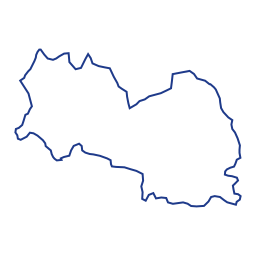 outline of Uiseong-gun, North Gyeongsang, South Korea
{"feature_id": "91817680B75376031789242", "entity_name": "Uiseong-gun", "entity_type": "district", "adm_level": 2, "iso_a3": "KOR", "parent_name": "South Korea", "parent_adm1": "North Gyeongsang", "projection": "orthographic", "projection_center": [128.598, 36.353], "detail": "fine", "context": "isolated", "style": "outline", "palette": "blue", "viewbox_px": 256, "rotation_deg": 0, "n_neighbors": 0, "source": "geoboundaries", "source_scale": "gbopen_adm2", "svg_char_len": 1928}
<svg xmlns="http://www.w3.org/2000/svg" viewBox="0 0 256 256"><path d="M20.2,80.6L28.5,93.5L31.9,106.3L29.9,109.2L27.9,113.7L25.4,114.8L23.6,120.8L22.2,125.0L18.8,127.9L15.9,129.0L15.5,131.7L15.4,132.4L17.3,135.3L17.9,138.7L20.7,139.8L26.7,136.7L29.9,132.7L33.5,133.3L37.5,135.6L42.9,140.2L45.2,143.3L45.7,146.1L49.1,149.0L50.8,150.4L51.7,154.1L53.1,157.0L54.5,158.7L56.8,160.4L61.5,159.9L60.8,158.4L63.9,157.0L69.3,155.7L71.1,150.4L73.7,145.9L79.1,143.7L81.7,146.0L82.2,150.4L85.3,152.6L89.7,154.0L93.3,154.4L99.9,155.8L107.1,158.4L110.6,160.2L111.0,164.2L111.9,166.4L115.9,166.9L124.4,167.3L130.2,169.1L136.4,170.9L142.6,174.0L143.1,180.7L141.3,186.4L142.6,192.2L142.2,198.9L145.7,200.7L148.8,194.9L153.3,193.1L156.0,198.4L161.3,197.5L166.2,198.0L168.0,202.4L172.9,203.8L183.1,202.4L187.6,203.7L191.1,206.0L196.5,206.4L204.0,205.9L208.5,201.5L211.1,197.0L214.7,196.1L220.0,197.0L224.0,200.1L227.2,202.3L235.9,204.7L236.7,201.8L239.8,199.6L240.6,196.1L238.1,194.2L234.4,193.6L233.5,189.3L232.9,185.6L235.5,183.1L238.0,180.5L236.9,177.7L232.0,176.2L228.1,175.7L224.9,174.6L225.2,171.4L226.9,169.4L230.3,167.7L234.0,166.6L235.4,163.7L236.8,159.7L240.4,157.8L239.5,152.9L239.5,149.8L239.9,145.4L237.6,138.3L235.0,132.5L232.3,129.0L231.4,124.5L232.3,120.1L228.3,117.4L223.4,112.1L221.1,108.1L220.2,102.4L219.8,98.4L215.8,89.5L214.0,87.3L210.4,84.2L209.5,84.2L205.1,80.7L197.1,78.5L194.0,74.0L189.6,70.9L172.7,74.1L171.8,82.1L171.0,88.3L166.5,90.5L160.8,93.2L149.2,96.3L144.8,99.4L139.5,101.1L136.4,104.3L129.7,108.2L128.4,103.4L127.1,96.7L126.6,91.8L121.7,88.7L118.6,86.5L117.3,83.0L113.8,76.8L109.8,68.3L104.9,67.4L98.7,66.1L92.5,63.4L90.7,58.1L88.1,54.1L85.4,59.0L81.0,67.9L75.6,69.2L69.4,62.1L68.6,53.2L64.1,53.6L59.3,56.3L56.2,58.5L53.0,59.8L47.7,58.5L44.2,54.5L40.7,49.6L39.3,49.6L37.6,51.8L36.2,54.9L35.8,57.6L34.4,61.1L30.4,69.1L28.2,71.3L25.1,75.3L24.2,77.9L20.2,80.6Z" fill="none" stroke="#1e3a8a" stroke-width="2"/></svg>